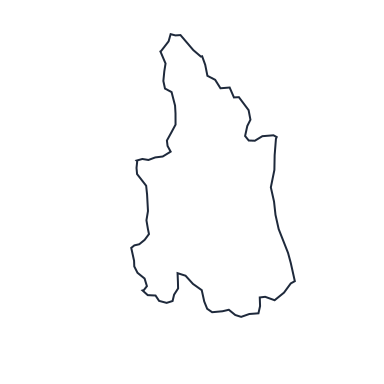 Kristianstad, Skåne, Sweden (Mercator projection), rotated 321°
{"feature_id": "70781695B54182185465620", "entity_name": "Kristianstad", "entity_type": "district", "adm_level": 2, "iso_a3": "SWE", "parent_name": "Sweden", "parent_adm1": "Skåne", "projection": "mercator", "projection_center": [14.142, 56.058], "detail": "fine", "context": "isolated", "style": "outline", "palette": "slate", "viewbox_px": 384, "rotation_deg": 321, "n_neighbors": 0, "source": "geoboundaries", "source_scale": "gbopen_adm2", "svg_char_len": 1381}
<svg xmlns="http://www.w3.org/2000/svg" viewBox="0 0 384 384"><g transform="rotate(321 192 192)"><path d="M91.6,237.4L92.7,244.3L98.5,249.5L97.9,255.9L102.5,262.2L108.3,264.5L113.5,260.5L120.5,258.2L124.5,253.0L129.7,246.0L134.3,253.0L134.9,264.0L137.8,274.4L132.6,284.8L130.3,292.3L132.0,298.1L140.7,303.9L146.5,306.7L148.2,314.8L151.1,319.2L151.7,320.0L159.8,322.9L167.3,328.1L173.1,323.5L178.3,316.6L182.9,319.5L188.1,328.1L188.8,328.1L200.2,328.1L211.2,325.2L215.8,326.0L224.1,309.3L228.3,299.8L236.0,275.4L242.5,262.3L249.7,251.1L256.2,238.0L269.9,226.7L279.4,215.4L290.7,203.5L292.4,202.6L291.0,199.2L281.8,192.9L273.1,191.7L268.5,187.7L268.5,181.9L276.5,175.5L282.9,172.6L287.5,164.0L288.1,147.8L284.1,144.9L287.0,134.5L279.4,129.3L280.6,119.4L277.1,111.4L282.3,101.5L285.3,92.9L284.1,92.3L282.3,82.5L281.8,62.8L277.7,59.9L274.7,55.9L268.6,60.2L256.7,63.0L255.9,62.9L252.3,75.5L246.5,80.7L239.6,87.7L236.1,94.6L239.0,101.5L233.2,114.2L228.6,120.6L221.6,129.3L213.5,132.7L204.9,136.2L202.0,140.8L200.8,147.2L191.6,146.0L185.2,142.0L178.3,139.7L174.2,135.1L168.7,132.7L168.8,133.6L164.0,138.4L160.6,143.5L160.3,158.3L155.5,165.7L145.8,179.1L138.8,185.3L134.4,193.1L132.1,197.6L125.1,199.4L118.1,199.4L113.6,197.2L109.6,197.2L107.4,201.6L103.7,209.0L100.3,213.5L98.8,220.5L100.7,229.4L97.7,236.8L92.9,237.9L91.6,237.4Z" fill="none" stroke="#1e293b" stroke-width="2"/></g></svg>